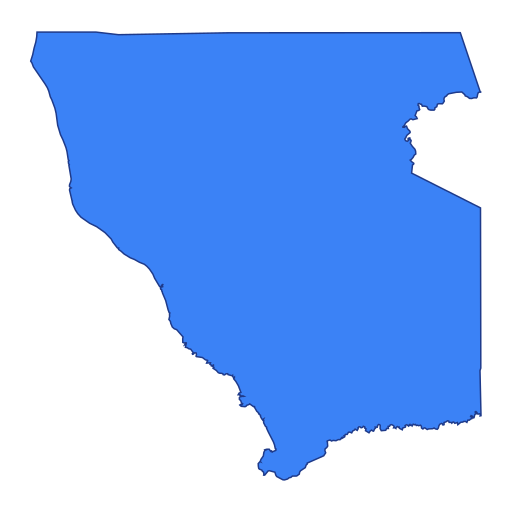 the district of Adelaide Plains, South Australia, Australia
{"feature_id": "25037944B85276451636106", "entity_name": "Adelaide Plains", "entity_type": "district", "adm_level": 2, "iso_a3": "AUS", "parent_name": "Australia", "parent_adm1": "South Australia", "projection": "mercator", "projection_center": [138.456, -34.51], "detail": "fine", "context": "isolated", "style": "filled", "palette": "blue", "viewbox_px": 512, "rotation_deg": 0, "n_neighbors": 0, "source": "geoboundaries", "source_scale": "gbopen_adm2", "svg_char_len": 6047}
<svg xmlns="http://www.w3.org/2000/svg" viewBox="0 0 512 512"><path d="M37.0,32.1L36.7,36.8L35.8,42.1L34.1,48.1L32.7,54.7L30.7,61.1L32.0,63.1L33.4,66.9L45.1,84.0L47.4,87.8L48.8,91.2L50.3,96.8L51.8,99.8L54.9,108.2L56.1,113.3L57.7,125.3L60.5,134.7L62.9,139.7L66.0,147.7L67.0,151.6L68.2,159.4L68.9,160.7L68.3,161.1L68.4,162.4L68.6,163.8L69.3,164.6L68.9,165.3L71.2,179.0L70.8,181.5L69.6,184.6L69.4,186.1L69.7,186.8L71.2,187.9L69.8,188.7L69.5,189.9L72.0,200.6L72.4,201.0L72.1,201.6L72.7,204.1L75.5,210.2L77.8,213.7L81.1,217.3L89.7,223.3L96.7,226.7L105.0,232.6L111.2,239.0L112.8,242.0L117.2,247.7L118.1,248.3L118.6,248.1L118.6,249.5L120.8,251.0L124.1,254.0L130.3,257.8L134.5,259.5L139.3,262.2L144.4,264.3L146.9,266.3L149.5,269.1L152.9,274.1L154.6,278.2L159.7,286.7L160.7,286.9L162.0,284.9L162.8,284.6L163.2,283.9L161.8,286.4L163.3,286.6L160.9,287.1L160.5,288.5L160.7,289.2L161.6,289.5L161.7,291.0L162.2,291.5L162.4,292.8L165.7,300.6L168.1,309.8L169.1,312.5L169.9,313.0L169.5,313.8L169.6,316.5L168.9,319.5L170.4,321.4L170.8,323.5L172.3,327.0L174.3,328.8L176.6,329.6L183.0,336.9L182.7,338.7L182.8,342.4L184.0,342.9L185.8,342.8L184.7,344.8L186.1,344.1L185.4,347.3L187.3,347.7L188.6,348.7L190.7,349.2L193.3,352.7L192.3,353.7L192.6,354.3L193.4,354.1L194.6,352.8L196.2,353.0L196.5,354.8L196.0,356.1L196.4,356.6L202.4,357.5L205.4,359.8L207.6,360.4L207.7,360.9L207.2,361.5L206.6,363.1L210.5,362.8L210.0,364.4L211.1,364.9L211.3,365.9L211.7,366.0L213.9,364.6L212.8,366.1L212.8,366.6L213.9,367.3L213.1,368.3L216.4,370.5L218.3,372.7L219.6,373.2L222.0,373.4L223.0,373.9L223.1,374.6L223.6,374.8L224.6,374.9L226.0,373.8L227.7,373.7L228.0,374.6L232.2,375.8L232.6,375.4L232.7,376.6L233.8,377.7L234.4,377.2L234.4,377.8L233.6,378.0L233.7,378.8L235.9,381.5L238.4,385.8L240.9,392.4L239.1,393.1L238.2,394.7L239.9,394.7L240.0,395.5L241.1,395.7L241.9,396.4L242.8,395.8L243.9,396.3L243.3,396.4L242.7,396.0L241.8,396.6L240.8,396.3L239.4,397.5L239.4,399.4L240.7,400.6L241.5,402.9L242.7,403.8L242.0,404.7L240.6,404.4L239.8,405.0L241.2,406.3L245.0,406.7L246.0,406.3L246.8,405.3L249.0,404.5L249.7,403.9L253.6,406.7L254.2,406.7L254.5,406.0L254.6,407.5L256.8,411.3L257.9,412.2L258.6,413.4L259.7,413.6L259.1,413.7L259.0,414.2L260.5,415.3L260.5,416.5L261.7,418.8L262.5,419.7L263.6,419.0L263.0,420.3L264.3,420.8L263.5,420.9L263.7,422.9L265.5,426.4L266.6,427.2L266.6,428.3L268.3,432.0L273.4,441.9L274.5,444.9L275.3,448.7L276.0,449.0L275.8,450.4L272.6,451.7L271.3,450.8L271.0,451.0L271.4,451.7L270.8,451.5L269.2,449.2L266.9,449.2L265.4,449.6L266.0,449.9L264.8,450.4L263.9,452.3L263.3,456.0L261.0,459.3L260.2,461.4L260.5,461.8L260.0,461.6L258.2,463.6L258.3,466.1L258.7,468.4L259.3,469.1L261.8,470.1L262.4,471.3L263.5,472.0L263.9,474.1L263.7,475.1L264.7,475.1L268.1,471.0L269.3,470.7L274.9,472.2L275.8,475.1L276.7,476.5L282.9,479.8L284.6,479.9L287.6,479.0L289.2,477.7L290.9,477.4L292.3,476.1L296.7,476.0L299.3,474.1L299.6,472.2L300.5,470.8L305.3,467.6L306.1,465.1L307.2,464.1L307.2,463.1L323.7,455.8L325.7,452.8L324.9,450.7L325.1,448.9L326.8,447.5L327.7,446.1L327.4,442.4L327.1,441.6L327.3,440.9L330.0,440.0L331.5,441.0L333.2,440.4L336.0,440.7L338.2,439.6L340.0,439.7L342.1,437.3L342.4,437.3L342.3,438.2L344.7,436.8L344.8,436.5L344.1,435.7L345.1,435.2L345.4,434.4L347.2,434.4L348.4,432.3L349.8,432.1L351.7,432.9L352.7,431.0L354.5,430.0L355.1,429.1L357.2,430.4L358.2,428.6L358.0,427.8L359.0,426.8L359.9,426.8L361.1,427.8L362.7,427.3L363.3,426.3L364.6,426.8L364.9,427.1L364.8,428.2L366.0,428.8L365.5,430.7L369.0,432.8L370.2,431.0L371.5,430.1L373.2,431.2L373.7,431.0L374.6,428.9L375.5,428.2L375.2,427.1L377.3,427.2L377.7,425.4L378.5,424.5L379.7,424.7L380.2,425.4L380.1,428.6L381.3,430.7L385.7,430.3L386.6,428.5L388.4,428.5L388.1,426.4L389.6,426.2L390.2,425.0L391.2,424.6L392.5,425.0L393.9,426.0L394.1,426.5L393.6,427.8L394.6,427.7L395.9,428.5L396.0,427.6L397.2,426.5L398.3,427.2L399.0,426.9L399.4,428.3L402.3,429.8L402.8,428.0L405.4,427.1L405.6,426.2L405.1,425.6L405.4,425.3L406.8,424.7L408.6,426.1L409.4,424.6L409.9,424.4L410.2,425.4L411.3,425.0L412.1,426.0L413.2,424.2L414.5,424.8L415.4,424.4L416.3,425.5L417.6,425.2L418.6,425.7L420.6,425.2L421.4,426.4L421.5,428.0L422.9,429.0L424.2,427.9L425.1,428.0L427.2,429.5L428.6,428.9L432.7,428.7L434.1,428.0L435.4,428.9L437.3,429.3L438.3,428.1L439.0,425.5L439.9,424.2L441.5,423.4L442.4,423.8L442.6,424.8L443.8,424.9L444.1,424.4L444.0,422.5L445.9,421.9L447.5,420.8L448.8,421.1L449.1,422.4L451.2,422.4L451.8,423.2L452.7,422.2L453.7,422.0L454.8,423.3L457.4,422.5L457.8,424.7L460.9,422.2L462.9,422.1L463.5,421.5L465.4,421.4L466.9,422.4L467.9,420.1L469.5,420.1L470.5,419.1L471.9,418.6L471.8,417.2L470.6,416.6L471.1,415.6L472.4,416.2L473.3,417.9L474.0,417.7L474.9,414.3L476.3,413.8L476.1,413.1L475.2,412.2L475.3,411.7L475.9,411.5L476.9,412.4L477.4,413.8L478.0,414.1L479.6,413.8L480.4,414.4L480.1,415.9L481.0,415.7L480.0,370.6L480.8,368.1L480.5,207.9L411.6,173.1L412.5,164.9L413.6,164.2L413.8,163.3L411.8,161.8L410.2,160.1L411.4,159.4L413.1,157.4L414.3,155.1L415.8,154.0L415.6,151.1L414.9,149.2L412.3,146.3L410.2,143.1L410.9,141.8L411.1,140.4L410.6,139.8L409.7,139.5L410.0,138.5L409.8,137.9L408.2,138.3L408.0,139.0L408.4,140.5L407.2,141.3L405.7,140.7L404.9,139.5L405.0,138.5L405.9,137.7L406.2,136.5L407.0,135.2L410.1,132.6L410.0,131.3L407.5,128.7L406.5,126.1L405.7,126.2L404.4,127.3L402.9,127.2L402.9,126.7L404.1,125.7L405.9,122.7L408.1,121.1L410.1,119.1L411.2,118.9L412.9,119.7L417.2,118.6L416.5,117.0L415.1,115.6L416.9,110.9L418.8,110.4L419.7,109.6L419.0,107.4L419.0,106.1L418.0,105.2L418.3,103.6L419.4,103.5L420.2,104.1L421.5,104.3L422.3,106.2L424.2,106.1L426.8,106.6L428.3,109.2L429.1,109.7L430.7,110.1L434.1,110.1L434.8,109.4L434.9,107.8L436.8,106.7L437.4,104.2L438.8,103.7L442.4,103.8L443.3,102.8L444.3,101.1L443.9,99.3L444.2,97.9L445.3,96.5L446.5,96.0L447.3,94.8L448.6,93.8L456.3,92.3L461.8,92.0L464.8,94.7L465.2,95.9L467.4,96.7L469.5,98.4L471.7,98.5L473.9,97.8L476.5,97.9L477.2,96.9L477.6,94.4L478.3,92.6L479.5,92.1L481.3,92.2L480.2,91.8L460.3,32.7L229.2,32.8L118.5,34.7L96.1,32.1L37.0,32.1Z" fill="#3b82f6" stroke="#1e3a8a" stroke-width="1.5"/></svg>